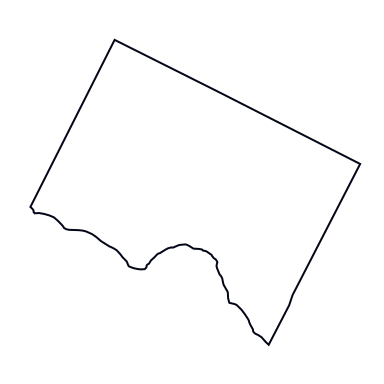 Knox, Nebraska, United States of America, rotated 207°
{"feature_id": "52423323B21307284690044", "entity_name": "Knox", "entity_type": "district", "adm_level": 2, "iso_a3": "USA", "parent_name": "United States of America", "parent_adm1": "Nebraska", "projection": "albers", "projection_center": [-97.924, 42.66], "detail": "fine", "context": "isolated", "style": "outline", "palette": "ink", "viewbox_px": 384, "rotation_deg": 207, "n_neighbors": 0, "source": "geoboundaries", "source_scale": "gbopen_adm2", "svg_char_len": 1442}
<svg xmlns="http://www.w3.org/2000/svg" viewBox="0 0 384 384"><g transform="rotate(207 192 192)"><path d="M330.0,292.4L329.2,105.3L327.0,104.7L325.4,104.0L324.4,103.1L324.0,102.2L322.5,101.6L318.8,103.8L313.5,105.4L308.3,106.4L303.5,106.7L299.3,105.7L293.5,103.8L291.1,102.8L289.6,101.8L286.9,101.8L284.1,102.6L279.0,105.0L275.3,106.7L271.5,108.1L268.1,108.8L262.0,109.1L257.2,108.5L250.7,106.9L240.7,106.0L239.6,106.2L235.9,106.2L232.7,105.9L228.0,104.2L223.7,102.1L222.5,101.8L218.5,100.4L215.6,97.8L214.7,97.2L212.8,97.2L209.1,97.7L204.8,98.9L202.3,99.9L199.1,101.8L198.5,103.8L198.5,104.6L199.0,105.7L198.9,106.8L197.8,108.7L197.5,112.4L195.9,116.6L194.7,120.7L194.1,121.7L192.7,123.2L189.2,129.0L187.9,130.8L185.5,133.1L183.7,133.8L179.9,138.4L178.6,139.5L174.1,142.3L173.0,142.6L170.1,142.7L165.0,142.2L160.0,144.4L157.4,145.2L156.6,145.2L155.6,144.8L153.1,145.6L151.7,145.6L145.8,144.8L145.1,144.1L143.5,143.4L142.6,143.0L140.3,142.7L138.6,141.8L137.5,140.9L137.0,138.5L136.5,137.1L135.0,135.4L129.9,131.0L128.2,130.4L125.9,128.8L122.6,124.6L121.6,123.6L115.0,119.3L114.5,118.8L111.5,113.6L108.5,110.3L108.2,110.2L106.5,110.7L103.1,111.5L101.7,111.6L100.5,111.5L94.3,109.5L89.4,107.1L84.3,104.2L82.8,103.1L82.0,102.1L80.2,100.5L75.3,97.2L74.3,95.7L73.6,95.2L71.5,94.5L68.1,94.6L64.2,94.2L58.4,91.9L54.3,90.7L54.0,135.2L55.6,145.9L54.9,293.3L56.6,293.3L212.9,293.2L330.0,292.4Z" fill="none" stroke="#020617" stroke-width="2"/></g></svg>